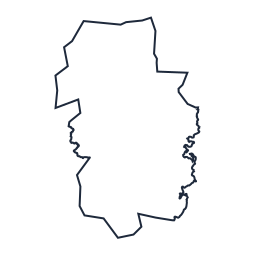 outline of Chandmani-O'ndor, Hövsgöl, Mongolia, rotated 177°
{"feature_id": "93677404B22883692380177", "entity_name": "Chandmani-O'ndor", "entity_type": "district", "adm_level": 2, "iso_a3": "MNG", "parent_name": "Mongolia", "parent_adm1": "Hövsgöl", "projection": "orthographic", "projection_center": [100.637, 50.505], "detail": "fine", "context": "isolated", "style": "outline", "palette": "slate", "viewbox_px": 256, "rotation_deg": 177, "n_neighbors": 0, "source": "geoboundaries", "source_scale": "gbopen_adm2", "svg_char_len": 5490}
<svg xmlns="http://www.w3.org/2000/svg" viewBox="0 0 256 256"><g transform="rotate(177 128 128)"><path d="M99.3,237.0L108.2,234.6L124.4,233.8L129.9,231.6L166.7,237.1L179.3,217.7L187.6,212.0L184.9,192.9L197.7,184.2L196.7,169.2L199.3,151.8L176.2,159.1L174.8,145.5L184.3,138.6L186.3,137.0L187.2,132.8L186.6,132.4L186.4,132.5L186.2,132.5L185.3,131.8L185.0,131.9L184.7,131.7L184.5,130.9L184.0,130.7L183.5,130.1L182.8,130.0L182.4,128.9L183.3,127.8L183.3,127.4L183.6,127.1L184.5,127.0L185.1,126.2L185.4,126.1L185.4,125.9L185.0,125.7L184.9,125.2L185.0,125.0L185.4,124.8L185.4,124.6L185.3,123.8L185.7,122.6L185.0,122.1L184.9,121.9L184.9,121.7L185.0,121.3L185.0,120.9L185.2,120.6L185.3,119.7L185.7,119.1L185.9,119.0L186.0,118.5L186.2,118.3L186.3,118.2L186.2,117.5L186.1,117.3L185.8,117.1L185.7,116.8L185.5,116.6L185.4,116.3L185.3,116.1L185.1,116.1L184.8,116.4L183.8,116.3L183.5,115.9L183.2,115.8L182.5,115.3L182.1,115.4L182.0,115.7L181.7,115.8L181.4,115.9L181.0,115.6L180.8,115.7L180.5,116.0L180.3,115.9L180.1,115.8L180.1,115.2L179.8,114.7L179.3,114.7L179.1,114.3L178.6,114.1L178.6,113.9L179.0,113.4L179.0,113.2L178.2,113.3L178.0,113.2L178.0,112.8L178.6,112.0L179.0,111.7L179.6,111.3L179.8,111.2L179.8,110.9L179.9,110.7L180.5,110.4L180.8,109.8L181.2,109.5L182.0,109.1L182.7,108.3L183.2,108.3L183.3,108.0L183.3,107.7L183.0,107.4L182.6,107.2L182.5,106.6L182.3,106.5L181.8,106.4L181.2,106.1L180.9,105.7L180.6,105.7L180.1,105.6L180.0,105.2L180.0,104.8L179.8,104.2L180.0,103.8L180.0,103.5L179.7,102.8L179.1,102.4L178.1,102.4L177.8,102.3L177.4,101.8L176.9,101.4L176.1,101.4L175.8,101.3L175.3,101.3L174.9,100.9L174.8,100.4L174.5,100.3L174.4,100.4L174.4,100.7L174.0,101.0L173.8,101.1L172.9,101.2L170.4,101.0L170.0,100.6L169.7,100.5L169.0,100.6L167.9,100.6L167.7,100.5L167.7,100.4L181.4,83.7L178.6,72.1L180.4,52.6L176.0,43.0L157.1,39.0L143.8,18.9L128.1,21.3L119.8,28.7L122.2,41.8L105.1,37.1L88.4,33.5L86.7,33.4L86.6,33.5L86.4,34.3L86.0,34.8L86.0,35.3L86.3,36.4L86.2,36.7L86.0,36.9L85.6,37.0L85.1,36.9L82.7,35.8L81.6,36.3L81.1,36.8L80.8,37.4L79.5,38.4L78.6,39.5L77.3,41.4L76.7,42.7L76.6,43.2L76.4,43.5L75.8,44.0L75.3,44.1L74.5,45.0L74.4,45.6L73.9,46.2L73.8,46.7L73.5,48.2L73.4,48.9L73.2,49.8L73.1,50.7L73.2,51.5L73.2,51.8L73.0,52.6L73.2,53.1L73.3,53.4L72.9,53.8L72.7,54.6L72.0,55.5L72.3,56.1L72.5,56.7L73.0,57.3L73.0,58.9L73.1,59.1L73.5,59.1L74.1,59.0L74.4,58.9L74.5,57.9L75.8,58.6L76.4,58.5L77.1,58.1L78.0,57.4L78.9,55.8L79.4,55.1L80.0,54.9L80.2,55.1L80.1,55.4L80.1,56.0L79.9,56.8L79.3,57.9L79.2,58.4L79.2,58.6L79.3,58.9L79.7,59.6L79.6,59.8L79.1,59.9L78.5,59.4L78.0,59.4L76.3,60.5L76.0,60.9L76.1,61.6L76.6,62.9L76.9,63.8L77.3,65.4L77.3,65.9L77.2,66.1L76.9,66.5L76.3,66.6L75.3,65.6L75.1,65.5L74.5,65.4L73.5,66.2L72.2,66.8L71.3,67.4L70.8,67.5L69.9,67.4L69.5,67.6L67.8,68.9L67.3,69.5L66.6,69.9L66.0,70.0L65.7,70.3L65.5,70.5L65.1,71.6L64.8,71.9L64.5,71.8L63.3,71.2L63.1,71.1L62.9,71.2L62.9,71.5L63.6,72.4L63.9,73.0L64.1,73.7L64.3,75.2L64.7,76.2L65.3,76.8L66.2,77.1L66.4,77.3L66.7,77.9L66.1,79.7L65.6,80.5L65.1,80.9L64.4,81.2L64.8,82.1L64.8,82.4L64.7,82.7L65.3,83.0L65.9,83.6L66.1,84.0L66.2,84.7L66.2,85.0L65.6,86.3L65.1,86.7L64.3,87.8L63.6,88.5L63.2,88.5L62.9,88.9L63.0,89.2L63.2,89.5L63.4,90.3L63.3,90.6L63.4,91.2L63.3,91.4L62.7,91.8L62.1,93.0L61.9,94.3L61.9,95.0L62.0,95.3L62.1,95.5L62.4,95.7L62.9,95.7L63.3,96.0L63.7,96.6L64.4,98.0L64.7,98.5L65.3,99.0L65.8,99.2L66.2,99.1L67.9,98.9L68.3,98.7L67.4,98.7L66.8,98.9L66.4,98.8L66.2,98.5L66.2,97.6L66.1,97.3L65.9,96.7L65.0,95.8L64.7,95.3L64.5,94.5L64.5,93.8L64.6,93.2L64.8,92.4L65.3,91.6L65.5,92.4L65.8,92.8L66.8,93.8L67.6,94.5L68.1,94.6L69.0,94.5L70.3,95.8L70.7,96.0L72.0,96.1L72.7,95.6L73.5,96.0L74.1,96.8L74.3,97.1L74.3,98.3L73.6,98.7L73.2,99.0L72.9,99.9L72.6,100.7L71.9,101.6L71.0,102.1L70.5,102.0L70.3,101.9L70.2,101.8L70.7,101.3L70.8,101.0L71.0,100.9L70.8,100.7L70.0,101.4L69.6,102.0L69.3,102.3L69.2,102.4L69.2,102.6L69.4,102.8L70.5,103.7L70.9,104.4L71.3,105.0L71.4,105.7L71.5,106.0L72.4,106.1L72.8,106.0L73.0,106.2L72.9,106.4L72.7,106.6L72.6,107.1L72.4,107.5L71.5,108.1L70.8,107.9L70.1,107.9L69.7,107.5L68.7,106.2L67.4,106.0L66.9,106.0L65.7,106.4L65.3,107.0L65.0,108.1L64.8,108.5L64.0,109.1L63.0,109.5L62.8,109.9L62.9,110.5L63.2,110.8L64.4,110.9L65.5,111.4L67.3,111.5L67.4,111.4L67.5,111.2L67.3,111.1L67.8,110.8L68.0,110.9L68.3,110.7L68.1,111.0L67.7,111.2L68.0,111.5L68.3,111.8L68.3,112.7L68.4,113.2L68.3,113.8L68.5,114.3L69.1,114.1L69.3,114.2L69.4,114.4L69.1,114.5L68.9,114.4L68.4,114.5L67.6,115.9L67.2,116.1L66.2,116.0L65.6,115.9L65.3,115.7L64.9,115.2L64.1,115.0L63.0,115.2L62.9,115.4L62.7,116.4L62.6,116.7L62.7,117.2L62.7,117.3L61.9,118.0L61.6,118.2L59.5,118.9L58.2,119.5L57.7,119.7L57.2,120.2L57.0,120.6L57.0,120.9L57.1,121.0L57.2,120.8L57.4,121.0L57.6,121.6L57.9,122.2L57.9,122.8L57.8,123.2L57.7,123.7L56.9,124.4L57.0,124.7L56.9,124.9L57.2,124.9L57.2,125.4L57.3,125.6L57.4,126.0L57.6,126.5L58.5,127.3L58.7,127.6L59.0,127.7L59.1,127.9L59.0,128.2L59.0,128.7L58.8,128.9L58.5,129.1L58.4,129.4L58.6,130.1L58.6,130.4L58.7,130.6L58.7,130.8L58.4,131.6L57.8,132.1L57.7,132.3L57.9,132.5L57.6,133.0L57.7,133.3L58.0,133.7L58.2,134.2L58.5,134.8L58.6,135.4L58.7,135.6L58.5,135.8L58.4,136.1L58.6,136.3L58.7,136.6L58.6,137.1L58.5,138.4L57.9,139.1L57.7,139.7L57.3,140.0L57.3,140.4L57.0,141.0L56.9,142.2L57.3,142.5L56.8,142.6L56.7,142.8L56.9,143.1L57.3,143.2L57.3,143.8L57.0,144.9L59.4,144.9L67.2,148.9L75.5,161.2L75.5,164.6L71.2,168.3L65.8,180.1L95.8,182.8L96.0,191.6L95.5,195.7L98.1,200.8L95.5,223.5L99.3,237.0Z" fill="none" stroke="#1e293b" stroke-width="2"/></g></svg>